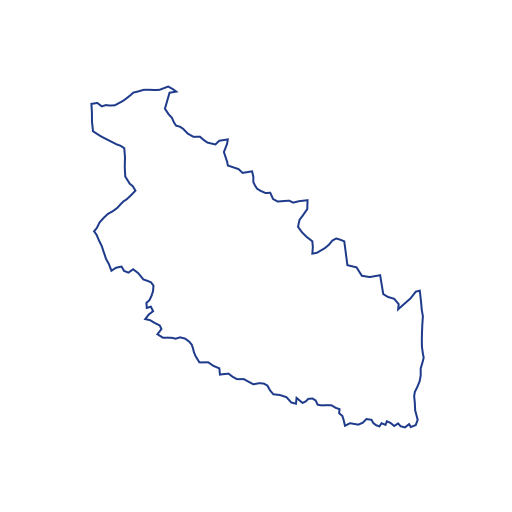 the district of Japorã, Mato Grosso do Sul, Brazil, rotated 194°
{"feature_id": "56859067B58863435977493", "entity_name": "Japorã", "entity_type": "district", "adm_level": 2, "iso_a3": "BRA", "parent_name": "Brazil", "parent_adm1": "Mato Grosso do Sul", "projection": "natural_earth1", "projection_center": [-54.53, -23.825], "detail": "fine", "context": "isolated", "style": "outline", "palette": "blue", "viewbox_px": 512, "rotation_deg": 194, "n_neighbors": 0, "source": "geoboundaries", "source_scale": "gbopen_adm2", "svg_char_len": 2927}
<svg xmlns="http://www.w3.org/2000/svg" viewBox="0 0 512 512"><g transform="rotate(194 256 256)"><path d="M392.7,206.7L389.1,210.7L383.9,213.2L380.4,209.6L375.8,209.0L372.0,213.4L366.2,210.9L363.3,208.8L359.7,206.0L354.9,205.6L351.4,205.0L348.3,202.4L347.4,196.9L347.8,191.8L348.7,187.4L351.0,184.0L349.4,179.2L345.8,181.4L342.5,177.6L346.0,173.1L348.2,168.0L343.2,168.1L338.0,166.5L332.6,165.3L330.1,162.3L332.7,156.2L326.5,154.2L321.4,155.5L317.5,156.3L314.0,156.3L310.0,158.7L304.8,158.7L300.2,156.8L296.9,154.4L294.9,151.3L293.0,147.7L290.3,144.1L285.2,139.1L281.5,140.0L276.7,141.3L270.8,139.1L264.4,138.1L262.3,132.2L259.3,133.4L254.1,135.2L249.6,133.2L244.7,131.9L238.1,133.6L232.4,132.1L227.5,130.9L222.0,133.4L217.5,134.1L213.5,133.0L210.1,129.2L205.7,126.0L199.4,126.9L192.3,126.4L186.3,122.4L181.5,122.3L182.3,128.1L179.2,126.6L175.3,124.7L172.6,126.9L170.7,130.0L166.8,131.4L163.1,130.2L160.2,126.6L156.3,126.9L151.5,128.3L146.7,129.4L141.7,127.9L137.9,127.6L137.3,123.5L133.6,121.8L131.3,118.1L128.6,112.8L124.3,116.5L116.0,117.1L112.1,120.0L109.4,124.5L104.3,125.0L101.8,122.3L98.6,120.9L95.1,120.5L93.7,124.1L89.5,123.5L89.0,127.3L84.9,126.5L80.8,124.5L77.6,127.9L74.5,125.8L70.0,125.7L66.8,129.9L64.4,127.5L60.1,130.6L59.5,136.2L64.2,144.7L66.5,152.3L68.6,158.1L69.0,162.5L67.8,168.0L66.9,174.2L67.3,179.9L69.0,186.7L68.7,193.1L68.7,197.9L70.6,202.0L72.9,207.7L74.5,213.5L76.3,221.3L77.9,229.0L79.5,237.9L82.2,244.0L84.7,251.3L88.7,262.0L92.3,260.1L95.8,252.3L105.2,238.7L105.9,243.8L111.6,247.9L118.2,248.2L123.3,249.8L130.9,267.4L140.5,263.1L148.5,262.4L155.7,269.3L165.1,269.2L173.9,291.6L178.3,292.2L182.4,292.4L185.6,289.5L188.1,284.4L190.9,280.5L197.6,273.9L201.9,271.9L203.0,278.4L204.9,283.9L211.5,286.8L217.1,290.1L222.3,294.5L222.5,301.7L220.4,306.6L217.6,313.9L219.5,322.6L227.5,319.6L232.8,316.8L237.2,317.7L242.5,316.0L248.1,314.1L253.2,315.4L257.5,320.8L261.9,319.4L267.3,320.3L271.1,321.5L274.0,324.1L276.5,327.2L277.7,332.1L280.3,337.2L289.1,333.4L294.0,336.1L300.2,336.6L305.2,337.0L306.8,340.4L312.3,349.1L311.2,357.8L311.6,362.3L319.6,358.9L322.4,354.4L330.6,354.3L335.2,356.1L339.3,358.2L345.5,356.5L351.7,358.2L357.7,361.9L361.4,363.1L365.0,363.1L367.8,365.6L371.0,369.7L375.1,372.4L380.0,376.9L379.4,393.5L373.2,396.2L376.8,397.7L382.2,399.2L389.8,393.9L394.5,392.5L399.2,391.6L405.1,390.1L410.6,386.9L414.5,384.9L416.9,381.4L420.2,377.1L423.0,373.9L429.4,368.1L433.8,366.7L438.2,366.1L441.8,363.9L447.0,366.1L452.5,363.8L449.8,355.1L447.6,346.5L444.3,337.6L435.8,334.7L431.7,333.7L418.2,330.6L414.1,330.2L409.9,328.7L406.9,319.8L406.0,315.5L404.8,310.3L402.1,301.5L396.0,295.6L392.4,293.9L388.8,290.2L392.1,284.5L395.2,279.7L397.7,277.1L400.0,273.3L402.1,269.3L405.8,264.8L409.9,261.0L412.8,256.5L415.8,251.0L417.3,244.4L419.1,240.8L415.9,238.1L412.2,233.2L407.9,228.1L405.5,224.2L403.2,220.7L400.9,217.0L396.8,212.6L392.7,206.7Z" fill="none" stroke="#1e3a8a" stroke-width="2"/></g></svg>